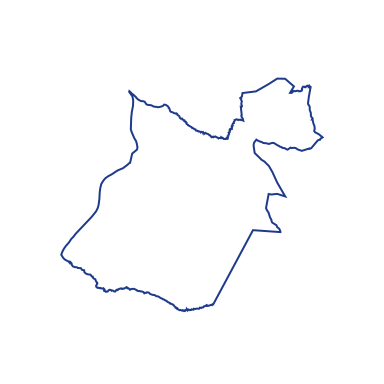 the district of Mulobezi, Western, Zambia, rotated 254°
{"feature_id": "96606910B3196683578902", "entity_name": "Mulobezi", "entity_type": "district", "adm_level": 2, "iso_a3": "ZMB", "parent_name": "Zambia", "parent_adm1": "Western", "projection": "mercator", "projection_center": [24.85, -16.28], "detail": "fine", "context": "isolated", "style": "outline", "palette": "blue", "viewbox_px": 384, "rotation_deg": 254, "n_neighbors": 0, "source": "geoboundaries", "source_scale": "gbopen_adm2", "svg_char_len": 5993}
<svg xmlns="http://www.w3.org/2000/svg" viewBox="0 0 384 384"><g transform="rotate(254 192 192)"><path d="M305.6,159.2L300.4,161.1L296.2,160.7L291.2,159.1L285.7,156.3L280.0,154.0L268.9,150.4L265.5,150.6L259.5,151.4L256.6,152.2L254.5,152.3L250.0,151.9L247.9,150.8L245.4,145.1L237.1,140.5L236.8,138.9L236.1,137.9L233.9,132.2L233.2,126.3L231.1,119.7L230.3,115.9L229.1,112.5L227.5,110.1L224.8,107.1L221.2,105.0L217.1,103.2L210.7,101.0L205.0,98.5L202.5,96.9L199.8,94.4L195.8,88.8L183.8,68.5L181.9,66.0L180.0,62.8L177.4,59.8L174.9,55.9L172.8,53.3L170.8,51.3L167.7,49.0L164.0,50.1L162.1,51.2L159.0,54.3L157.8,54.8L158.8,55.2L158.5,55.7L156.4,56.6L154.9,56.4L153.2,57.1L151.9,59.0L151.5,60.5L150.5,61.2L149.4,64.2L147.5,64.8L146.7,66.2L146.7,66.6L146.4,66.8L144.9,66.4L142.9,67.4L141.5,69.3L140.5,71.7L138.5,72.3L138.0,73.3L137.0,73.2L136.1,73.5L134.8,75.0L132.6,75.1L130.9,75.9L130.1,75.7L130.1,75.4L129.3,75.1L128.8,74.3L128.0,73.9L127.5,73.8L126.4,74.3L126.1,75.0L125.7,75.2L125.7,75.9L125.2,76.3L125.1,77.3L124.7,77.5L124.3,78.7L123.9,79.0L123.7,79.6L123.9,80.3L122.4,81.1L121.7,80.8L121.6,80.3L121.1,80.3L120.5,81.3L119.8,81.7L119.7,82.5L119.9,82.6L119.6,83.6L120.5,84.7L120.7,86.1L119.9,87.3L119.2,87.5L119.2,88.4L118.7,89.2L117.9,89.7L117.5,90.7L118.7,92.4L118.3,92.9L118.7,93.6L118.4,93.9L118.9,94.9L119.0,96.6L118.8,96.8L118.7,97.7L118.2,97.8L118.0,98.3L118.2,99.2L117.8,99.9L118.6,102.9L118.3,103.2L117.7,103.2L117.5,103.6L117.2,103.5L116.9,104.4L115.8,105.1L115.7,105.5L115.2,105.5L115.4,107.6L114.8,109.7L112.7,112.0L112.2,112.1L111.3,113.7L111.2,114.5L110.6,115.2L110.4,116.1L109.2,117.7L107.8,118.2L108.1,118.9L107.7,119.7L107.7,120.3L108.0,120.6L107.6,122.1L107.0,122.9L105.7,123.5L105.0,124.3L103.7,126.3L103.5,127.2L102.7,128.2L101.8,128.8L100.8,130.9L98.6,132.7L97.5,134.2L96.8,134.6L96.5,135.3L94.8,136.8L94.4,137.5L93.2,138.1L91.7,139.8L91.0,140.0L91.0,140.5L90.2,141.0L89.4,142.4L88.8,142.6L88.3,143.2L86.7,143.7L85.3,144.9L85.1,144.7L84.9,145.1L84.7,144.9L83.9,145.3L83.8,146.0L83.3,146.0L81.8,147.5L81.8,148.4L80.7,149.7L81.0,150.5L80.5,151.1L80.2,151.1L80.1,151.9L79.9,151.9L80.0,152.3L79.6,152.5L79.8,153.2L80.4,153.4L80.3,154.6L80.6,154.7L80.3,154.8L80.3,155.3L80.0,155.3L80.3,155.6L80.0,156.3L79.2,156.6L79.3,157.2L78.9,158.0L79.3,159.1L78.9,159.3L79.0,159.7L78.5,161.0L79.1,161.4L78.9,161.6L79.0,162.2L78.7,162.8L78.5,164.9L77.8,166.6L78.7,167.8L78.0,168.7L78.3,169.9L78.0,170.7L78.1,171.2L78.8,171.9L78.7,173.0L78.9,173.8L78.6,174.2L79.3,174.9L79.1,175.1L78.7,174.9L78.1,175.7L78.2,176.5L78.0,176.9L78.3,179.3L77.9,179.9L78.2,180.0L78.1,181.3L78.6,181.4L78.7,182.0L138.5,240.1L129.1,265.9L129.8,266.1L132.5,265.8L134.8,264.2L136.8,264.0L140.4,260.8L141.1,260.5L143.7,260.6L146.1,260.0L151.1,259.9L153.5,259.1L156.1,258.7L168.9,265.1L167.7,267.7L166.7,273.4L162.0,280.4L177.6,276.5L188.9,274.8L195.8,273.1L201.5,269.9L203.6,267.9L212.2,263.0L219.7,264.0L221.5,264.8L222.5,265.5L224.6,268.3L223.6,269.1L221.6,271.4L220.9,272.8L219.5,274.0L218.1,277.4L217.0,279.1L217.1,282.6L216.3,284.5L213.8,286.6L212.3,288.3L211.7,288.6L210.4,290.5L209.5,291.0L208.6,293.2L207.0,294.6L206.4,295.6L207.5,299.0L206.9,299.6L206.2,302.9L205.4,304.0L203.8,305.3L201.3,308.9L201.5,316.7L201.1,316.7L201.2,318.6L207.0,327.2L207.0,329.6L207.8,330.1L208.5,332.6L212.5,329.9L215.6,326.7L217.0,326.3L219.0,327.4L221.6,327.9L223.9,327.6L228.0,327.8L228.5,327.7L228.6,327.4L229.2,328.2L229.7,328.2L231.0,327.5L232.6,327.3L235.0,328.0L238.6,327.8L241.3,328.6L243.0,328.4L243.8,327.9L245.4,328.0L251.4,330.6L260.3,335.0L260.7,334.6L260.5,334.1L261.0,334.2L261.1,333.5L261.5,333.6L261.4,333.4L261.7,333.5L262.1,333.1L262.0,332.4L262.4,332.1L262.0,331.2L262.0,330.6L261.6,330.3L261.4,329.8L261.8,329.1L262.3,328.9L262.6,327.6L260.8,326.0L260.1,326.1L259.6,325.8L259.1,325.3L259.2,324.5L258.9,324.1L259.3,322.7L259.5,322.7L260.3,321.3L260.4,319.0L261.0,317.9L260.8,317.5L261.4,316.8L261.2,315.9L260.8,315.8L260.7,316.1L260.4,316.1L260.2,315.6L260.4,315.3L259.8,315.0L260.3,313.6L265.4,319.1L275.2,312.7L277.5,305.2L274.5,295.0L271.1,281.2L273.2,267.8L270.2,266.4L269.7,265.9L269.0,264.2L268.5,264.3L268.1,265.0L266.8,264.6L265.4,264.9L263.7,263.9L262.4,263.6L261.1,263.8L260.3,263.4L259.8,263.8L260.5,262.4L252.2,261.0L252.0,260.6L251.6,260.4L249.9,260.5L248.7,261.0L246.5,260.9L247.3,260.0L247.7,258.8L248.3,258.4L248.4,256.4L248.9,256.1L249.0,255.5L249.6,254.9L249.4,252.8L248.7,252.7L247.8,251.5L246.7,251.3L246.6,250.2L245.0,249.0L244.5,249.3L244.3,248.3L243.2,248.4L242.4,247.9L241.6,247.8L241.6,247.0L242.0,247.0L242.3,246.5L242.2,246.1L241.6,245.5L241.0,245.5L241.1,245.2L240.7,245.0L239.4,244.9L239.0,243.6L237.7,243.8L236.9,242.8L236.0,242.5L235.9,241.7L235.1,241.3L234.2,241.5L233.3,240.9L233.4,240.2L234.2,239.8L233.7,238.4L234.3,237.1L235.0,236.9L235.1,236.5L235.5,236.3L235.5,235.9L236.1,235.7L236.1,235.2L236.6,235.0L235.9,234.4L236.4,233.2L236.2,232.2L237.3,231.6L237.8,230.7L238.9,229.9L238.8,228.8L239.3,227.9L238.8,227.5L239.6,226.3L239.4,225.8L241.5,225.0L241.8,224.3L242.3,224.2L243.4,223.3L244.6,221.4L245.0,221.3L244.6,220.1L244.9,220.2L245.1,219.6L245.3,219.9L245.5,219.3L246.6,219.1L246.5,218.4L247.1,217.7L247.0,217.2L247.3,217.3L247.4,216.6L248.5,215.4L248.4,214.8L249.5,213.9L249.9,212.8L251.2,212.6L251.7,211.5L252.3,211.4L253.3,210.3L253.4,209.8L254.3,209.6L257.3,206.6L257.7,206.7L258.8,205.7L259.8,205.4L260.2,205.8L261.2,205.4L261.3,204.9L262.3,204.6L262.4,204.2L263.0,204.4L263.9,203.5L264.2,202.8L265.3,202.7L265.5,201.5L266.5,200.8L268.4,200.7L270.3,199.2L270.9,199.3L271.5,199.0L271.6,198.5L272.0,198.4L272.0,197.8L272.7,196.6L274.2,195.0L275.0,193.7L275.9,193.3L278.3,193.3L279.2,192.8L279.4,193.0L281.1,192.4L282.8,191.0L283.7,189.4L282.9,188.0L282.6,186.8L282.7,183.8L283.0,182.3L283.7,181.3L284.0,180.1L284.8,178.6L286.5,176.9L288.2,173.0L289.7,171.9L290.3,171.9L291.8,171.4L292.7,170.1L293.5,168.0L295.5,165.9L297.7,164.5L298.4,164.4L300.8,163.0L302.7,161.7L303.2,161.1L304.2,160.8L306.2,159.6L305.6,159.2Z" fill="none" stroke="#1e3a8a" stroke-width="2"/></g></svg>